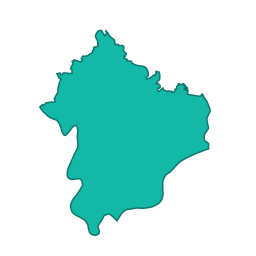 Hung Ha, Thái Bình, Vietnam, rotated 261°
{"feature_id": "81297802B42785936874032", "entity_name": "Hung Ha", "entity_type": "district", "adm_level": 2, "iso_a3": "VNM", "parent_name": "Vietnam", "parent_adm1": "Thái Bình", "projection": "albers", "projection_center": [106.238, 20.593], "detail": "fine", "context": "isolated", "style": "filled", "palette": "teal", "viewbox_px": 256, "rotation_deg": 261, "n_neighbors": 0, "source": "geoboundaries", "source_scale": "gbopen_adm2", "svg_char_len": 5748}
<svg xmlns="http://www.w3.org/2000/svg" viewBox="0 0 256 256"><g transform="rotate(261 128 128)"><path d="M225.4,110.9L224.3,110.4L223.1,110.3L221.9,110.5L219.8,111.3L218.2,111.5L213.2,111.1L213.1,107.0L212.5,106.6L210.4,106.2L210.2,106.3L209.9,106.2L210.0,105.4L210.0,105.2L209.4,105.2L208.7,104.8L208.0,104.7L207.9,104.4L207.9,103.7L207.7,103.5L207.6,103.2L207.2,102.7L207.0,102.0L206.5,100.9L205.3,99.5L206.0,98.4L205.3,97.3L206.1,95.2L206.0,94.7L203.7,92.6L202.1,93.9L201.4,92.7L200.9,92.1L201.1,90.8L201.3,90.3L202.1,88.7L202.6,87.5L203.8,85.3L203.2,85.2L202.9,85.0L202.7,83.3L202.1,83.2L201.7,83.9L199.6,83.4L199.0,83.4L198.7,83.3L198.4,82.3L197.8,81.8L195.3,80.6L195.0,81.0L194.9,81.7L193.0,81.6L191.6,81.3L190.7,81.3L190.5,81.2L191.8,75.7L192.2,74.9L192.4,72.9L192.1,72.9L191.6,71.9L191.4,71.7L190.9,71.6L190.9,71.3L190.7,70.8L190.7,70.3L190.8,70.1L191.3,69.8L192.4,69.7L192.8,69.6L192.9,69.4L192.7,66.2L192.3,66.4L191.6,66.9L189.1,67.3L188.2,67.7L187.1,68.5L186.5,69.4L186.2,69.4L185.5,68.7L184.3,67.9L183.5,67.2L181.8,66.7L178.9,65.4L176.8,64.7L175.2,64.8L173.3,63.7L172.9,63.0L169.3,60.5L168.4,59.7L167.9,60.0L167.5,60.1L167.0,59.9L165.5,60.3L165.2,60.2L165.0,59.4L165.4,57.6L165.7,55.4L165.6,54.4L165.7,53.1L165.5,50.4L165.0,50.1L164.7,49.8L163.4,47.8L164.4,47.3L162.5,44.2L160.5,45.0L158.1,46.4L156.2,47.7L152.8,50.3L150.2,53.0L149.6,53.9L147.1,58.4L146.7,58.9L146.0,59.5L143.6,60.6L140.3,61.5L138.3,61.9L135.5,62.1L134.3,62.4L133.0,62.8L131.8,63.4L130.8,64.0L130.6,64.3L130.5,64.7L130.6,65.3L132.4,67.9L134.8,70.5L137.8,73.6L138.2,74.1L138.8,75.7L138.8,76.6L138.7,77.1L138.5,77.5L137.9,77.8L137.0,78.0L133.2,78.0L132.0,77.8L128.9,76.9L127.9,76.6L126.7,76.5L120.9,76.1L118.4,75.8L117.0,75.4L116.0,74.9L111.8,71.8L97.3,62.4L93.7,61.1L92.9,60.9L90.4,60.6L89.7,60.6L89.0,60.8L88.2,61.2L86.6,63.0L86.1,64.0L85.9,64.8L85.8,65.8L85.8,67.6L85.7,71.0L85.6,71.8L85.1,72.6L84.2,73.6L82.8,74.2L81.7,74.3L79.1,74.2L78.2,73.9L74.0,70.5L71.1,67.9L68.8,65.5L66.8,63.3L65.0,61.5L61.5,59.5L60.3,59.1L59.3,59.1L55.6,59.2L54.0,59.6L53.0,60.1L51.8,60.9L51.1,61.7L49.6,63.4L46.8,67.4L44.0,70.5L42.3,71.7L41.1,72.2L39.2,73.0L38.4,73.2L34.2,73.2L31.7,73.6L30.9,73.8L30.0,74.3L29.2,74.8L28.6,75.5L27.9,76.6L27.3,78.6L27.2,79.4L27.4,80.9L27.9,82.2L28.4,82.8L29.8,83.4L30.5,83.5L35.1,82.9L35.6,82.9L36.0,83.1L42.5,88.8L45.0,90.6L45.3,90.9L45.4,91.3L46.1,94.5L46.2,95.0L46.1,95.6L45.6,96.4L43.7,98.4L40.8,100.6L38.8,102.1L38.0,102.9L39.4,103.6L40.1,104.1L40.9,105.0L44.5,108.3L45.9,110.1L47.5,113.2L47.7,114.4L47.5,118.1L47.6,124.5L47.4,125.6L46.6,128.9L46.3,131.4L46.2,132.6L46.2,137.7L46.4,139.5L46.7,140.8L47.2,142.4L48.4,145.8L48.9,146.8L49.9,148.1L50.7,149.1L52.7,150.4L54.0,151.0L56.3,151.9L57.3,152.2L58.7,152.4L67.1,153.4L68.6,153.7L70.6,154.4L72.5,155.4L73.3,156.0L74.9,157.2L75.6,158.0L76.7,159.9L77.7,162.2L78.2,163.1L84.3,170.9L86.1,173.5L87.4,176.1L89.1,180.3L91.8,189.4L92.6,192.7L93.1,195.6L94.4,201.4L94.8,204.4L96.7,204.4L99.6,205.2L100.0,205.1L100.8,204.5L102.4,202.8L103.2,202.0L104.2,201.7L106.6,201.7L109.5,202.5L110.0,202.8L114.8,207.2L115.2,207.3L115.6,207.5L116.7,207.5L120.1,207.2L122.6,207.2L123.5,207.2L124.6,207.4L125.5,207.6L126.6,208.2L128.7,209.6L130.7,211.2L131.3,211.6L132.0,211.8L134.6,211.8L140.3,210.5L142.6,209.8L145.0,208.6L146.0,208.0L148.2,207.3L149.8,206.9L149.7,206.4L149.2,205.6L148.1,204.8L148.3,204.2L148.3,202.9L150.4,196.6L151.8,192.5L152.0,192.0L152.3,192.0L153.9,192.6L155.4,193.1L155.6,193.1L155.8,192.7L156.4,191.8L156.6,191.4L156.5,190.9L156.9,190.4L157.1,189.6L157.6,189.4L157.7,189.5L157.7,190.0L158.1,190.2L158.2,190.4L157.9,191.0L158.0,191.5L158.0,191.8L157.9,191.9L157.4,191.8L157.4,192.2L157.1,192.5L157.3,192.8L157.5,192.9L158.5,192.9L158.9,192.3L159.5,191.9L159.3,191.1L159.7,190.3L159.8,190.3L160.0,190.3L160.0,190.7L160.2,190.9L161.1,191.3L161.3,191.2L161.0,190.4L161.1,190.2L161.5,190.0L162.7,190.1L163.0,189.7L163.1,189.3L163.0,188.9L162.4,187.8L162.3,187.5L162.8,187.0L162.7,186.6L163.3,186.0L163.8,185.3L163.8,185.0L163.6,184.8L163.2,184.7L162.4,184.8L162.3,183.8L161.3,182.8L160.9,182.5L159.9,182.4L159.5,182.2L158.9,181.4L159.0,180.6L156.7,180.0L156.9,179.3L155.8,178.8L156.1,177.1L157.3,177.1L158.0,174.2L158.5,173.5L158.1,173.2L158.0,172.8L157.7,172.5L157.7,172.3L158.5,171.7L158.5,171.1L159.3,170.5L159.4,169.7L159.5,169.3L160.0,169.1L161.9,168.8L162.1,168.7L161.9,168.1L161.2,167.5L160.4,166.1L158.9,164.2L159.1,163.8L160.6,163.3L161.4,163.3L161.9,163.7L162.8,163.9L162.9,164.0L162.4,165.1L162.6,165.7L162.9,166.0L163.1,166.2L164.1,166.2L164.8,166.4L165.1,166.2L167.2,164.3L167.3,164.2L166.9,163.7L166.9,163.2L167.1,162.8L167.9,163.7L168.4,164.2L169.6,164.2L169.8,164.4L170.2,165.0L170.3,165.7L170.5,166.4L170.8,166.7L171.5,166.7L172.0,167.2L172.9,167.2L175.7,167.8L176.3,167.8L177.3,167.2L178.2,167.6L179.6,164.5L178.8,164.4L176.9,163.9L176.0,163.4L175.7,162.9L175.7,162.7L176.2,162.5L176.3,162.4L176.3,161.7L176.1,161.3L175.3,160.2L174.4,158.7L173.9,157.6L173.7,155.0L173.8,154.1L175.0,154.0L175.8,155.0L176.9,156.1L177.4,156.4L178.5,156.6L179.0,156.6L180.4,156.5L182.2,156.2L183.2,155.9L184.7,155.1L185.6,154.3L186.3,153.3L186.7,152.4L187.6,149.2L188.5,146.5L189.2,145.1L190.1,143.8L191.6,142.1L192.3,141.8L193.3,141.8L194.8,137.5L195.7,137.8L195.9,137.8L196.7,136.4L197.7,135.1L199.6,135.6L199.7,135.8L199.3,136.6L201.8,138.0L204.6,135.6L209.3,136.6L209.5,135.7L210.4,135.5L210.5,133.7L211.0,131.5L212.0,131.5L212.6,128.2L214.0,128.4L215.7,128.4L216.4,128.4L217.3,128.1L218.2,127.4L220.3,125.2L220.8,124.7L222.7,123.8L225.1,122.9L227.4,121.4L226.9,121.0L225.5,122.0L225.2,122.1L224.4,121.2L223.8,120.7L223.0,120.4L222.9,120.3L222.8,120.2L223.0,119.6L223.2,119.3L228.8,116.7L228.6,114.3L228.3,113.4L226.7,112.0L225.4,110.9Z" fill="#14b8a6" stroke="#0f766e" stroke-width="1.5"/></g></svg>